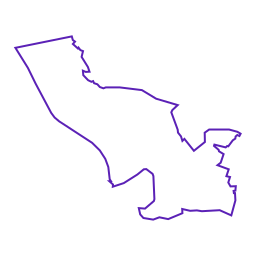 Rathfarnham-Templeogue Lea-7, South Dublin, Ireland (Mercator projection)
{"feature_id": "5873133B53236888047541", "entity_name": "Rathfarnham-Templeogue Lea-7", "entity_type": "district", "adm_level": 2, "iso_a3": "IRL", "parent_name": "Ireland", "parent_adm1": "South Dublin", "projection": "mercator", "projection_center": [-6.311, 53.305], "detail": "fine", "context": "isolated", "style": "outline", "palette": "violet", "viewbox_px": 256, "rotation_deg": 0, "n_neighbors": 0, "source": "geoboundaries", "source_scale": "gbopen_adm2", "svg_char_len": 1329}
<svg xmlns="http://www.w3.org/2000/svg" viewBox="0 0 256 256"><path d="M112.8,186.7L123.8,183.1L137.4,174.5L143.8,169.3L146.3,169.1L152.6,173.9L153.4,176.1L154.4,199.1L153.9,201.0L145.0,208.6L138.8,208.1L140.2,214.4L143.4,218.0L153.2,219.6L159.4,217.3L168.2,219.1L182.4,213.2L182.2,209.0L190.1,210.8L196.9,210.4L201.9,211.2L219.7,210.2L231.3,215.4L235.4,200.4L235.0,193.1L233.9,193.1L233.6,190.9L235.4,190.6L235.8,186.2L230.5,186.4L228.3,182.5L230.0,177.0L226.4,176.2L228.7,169.3L217.5,165.2L220.7,162.7L223.6,154.1L219.0,151.3L218.6,149.8L214.0,145.9L214.4,144.6L225.7,147.4L227.2,146.0L228.3,146.3L232.8,140.3L235.3,138.6L235.6,136.5L237.3,135.0L239.4,136.0L240.6,133.7L237.4,131.8L229.0,129.5L209.2,129.5L204.7,132.7L204.9,142.0L193.9,150.8L184.4,138.9L182.4,140.9L181.0,136.4L178.0,132.6L177.7,129.7L171.3,112.3L172.4,110.0L177.7,105.1L156.1,98.7L141.9,90.1L119.7,87.4L105.8,87.4L103.4,88.3L99.8,87.0L97.4,84.3L94.1,83.2L93.1,81.1L91.4,81.8L88.1,80.2L83.3,75.2L82.9,70.7L85.7,71.9L89.5,71.7L87.9,67.0L81.6,56.9L83.0,51.1L80.4,50.1L78.5,47.6L77.9,48.5L72.9,44.0L75.0,41.6L72.8,40.0L71.8,36.4L16.5,47.6L15.4,47.8L27.9,67.9L35.6,83.6L51.2,112.9L54.6,117.5L59.1,121.3L92.1,142.8L99.8,150.4L105.3,158.9L108.3,167.0L109.7,179.2L110.9,181.1L109.3,181.2L113.0,184.5L112.8,186.7Z" fill="none" stroke="#5b21b6" stroke-width="2"/></svg>